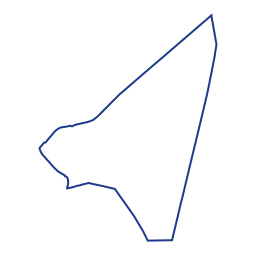 outline of Ash Shaykh Othman, `Adan, Yemen
{"feature_id": "15242507B79114247407724", "entity_name": "Ash Shaykh Othman", "entity_type": "district", "adm_level": 2, "iso_a3": "YEM", "parent_name": "Yemen", "parent_adm1": "`Adan", "projection": "natural_earth1", "projection_center": [45.012, 12.885], "detail": "fine", "context": "isolated", "style": "outline", "palette": "blue", "viewbox_px": 256, "rotation_deg": 0, "n_neighbors": 0, "source": "geoboundaries", "source_scale": "gbopen_adm2", "svg_char_len": 2787}
<svg xmlns="http://www.w3.org/2000/svg" viewBox="0 0 256 256"><path d="M211.4,15.4L211.0,15.7L185.2,37.9L182.6,40.1L161.3,58.5L152.8,65.7L148.8,69.1L148.7,69.3L145.6,71.9L121.4,92.8L121.2,93.0L120.9,93.2L119.5,94.4L115.4,98.6L113.4,100.5L112.3,101.6L109.8,104.2L107.4,106.6L104.2,109.8L101.2,112.9L97.2,116.8L96.6,117.3L95.1,118.4L94.8,118.6L94.3,119.1L93.2,120.0L92.9,120.1L88.7,121.7L88.0,121.9L85.1,122.6L84.0,122.8L81.4,123.4L79.4,123.9L79.1,123.9L77.8,124.2L77.4,124.3L76.0,124.6L75.8,124.7L75.5,124.8L75.2,124.9L74.7,125.1L74.3,125.3L74.1,125.4L73.7,125.6L73.2,125.7L72.7,126.0L72.3,126.2L72.0,126.3L71.8,126.3L71.4,126.2L70.7,125.8L70.2,125.9L69.6,125.9L69.3,126.0L66.4,126.6L66.2,126.6L65.3,126.8L60.7,127.5L58.4,128.6L57.2,129.5L56.4,130.0L55.9,130.5L55.6,130.6L55.2,130.9L53.5,133.0L51.9,134.8L51.6,135.2L51.2,135.8L49.7,137.4L48.8,138.5L47.2,140.4L46.5,141.4L45.9,142.0L45.5,142.5L44.1,142.6L41.8,145.4L39.6,147.9L39.6,148.0L39.7,148.7L39.8,149.2L40.0,149.8L40.3,150.5L40.5,151.1L40.6,151.4L41.0,152.2L41.3,152.7L41.4,152.9L41.5,153.1L42.1,154.1L42.7,154.8L42.9,155.0L43.3,155.5L46.9,159.6L48.1,161.0L48.6,161.4L50.9,164.1L53.5,167.0L54.6,168.2L55.2,168.7L55.7,169.3L56.3,169.7L56.8,170.3L57.5,171.0L57.9,171.3L59.3,172.1L60.4,172.8L60.8,173.0L61.2,173.3L62.1,173.8L63.2,174.4L63.7,174.7L64.6,175.3L64.8,175.7L65.0,176.2L65.6,176.3L67.0,177.2L67.6,178.4L67.9,179.5L68.1,181.3L68.2,183.3L67.9,184.8L67.8,185.5L67.4,186.4L67.2,187.7L67.1,188.3L72.4,187.3L74.0,186.9L76.7,185.9L79.1,185.5L81.9,184.7L82.7,184.4L83.5,184.3L87.8,183.2L88.2,183.1L88.4,183.0L89.8,183.2L90.4,183.4L90.7,183.5L91.4,183.6L92.0,183.8L92.5,183.8L93.0,184.0L93.4,184.1L93.7,184.1L96.1,184.7L97.9,185.0L103.4,186.2L114.8,188.9L120.0,196.2L121.7,198.6L124.5,202.5L133.9,215.9L134.8,217.4L143.2,231.5L147.2,239.6L147.8,240.6L152.1,240.6L160.7,240.4L172.0,240.2L173.2,235.4L174.9,228.4L175.3,226.7L176.0,223.7L176.7,220.8L177.7,216.7L180.7,203.9L182.4,197.3L189.4,167.9L196.9,136.9L199.9,124.4L200.8,120.7L207.0,94.6L208.7,86.5L208.8,86.0L208.8,85.6L208.9,85.4L209.0,84.8L209.1,84.6L209.2,84.1L209.3,83.4L209.4,83.0L209.5,82.4L209.6,81.9L209.7,81.3L209.9,80.4L210.1,79.2L210.3,78.1L210.5,77.3L210.6,76.7L210.8,75.9L211.0,75.0L211.2,74.1L211.5,72.6L211.7,71.6L212.0,69.9L212.2,68.8L212.4,67.9L212.7,66.6L212.9,65.3L213.1,64.3L213.3,63.2L213.6,61.7L213.9,60.3L214.1,59.1L214.2,58.7L214.3,58.1L214.6,56.7L214.7,55.8L214.9,54.9L214.9,54.2L215.0,53.9L215.1,53.0L215.3,51.6L215.6,50.1L215.8,49.1L215.9,48.2L216.1,46.8L216.4,45.4L216.4,44.8L216.2,43.0L215.9,41.1L215.6,39.6L215.4,38.3L215.1,36.8L214.8,34.9L214.5,33.1L214.2,31.5L213.8,29.5L213.5,27.8L213.3,26.7L213.2,26.0L212.8,23.6L212.7,22.9L212.4,21.4L212.1,19.6L211.8,18.0L211.6,16.7L211.4,15.7L211.4,15.4Z" fill="none" stroke="#1e3a8a" stroke-width="2"/></svg>